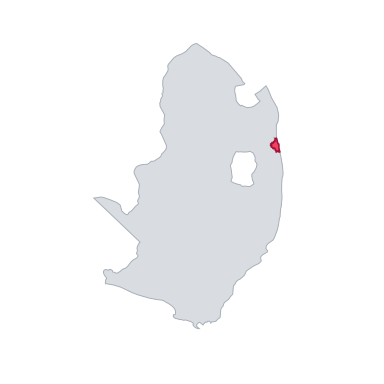 eThekwini, KwaZulu-Natal, South Africa (highlighted), rotated 319°
{"feature_id": "47623444B60178842862169", "entity_name": "eThekwini", "entity_type": "district", "adm_level": 2, "iso_a3": "ZAF", "parent_name": "South Africa", "parent_adm1": "KwaZulu-Natal", "projection": "albers", "projection_center": [30.82, -29.885], "detail": "fine", "context": "in_parent", "style": "filled", "palette": "rose", "viewbox_px": 384, "rotation_deg": 319, "n_neighbors": 0, "source": "geoboundaries", "source_scale": "gbopen_adm2", "svg_char_len": 6125}
<svg xmlns="http://www.w3.org/2000/svg" viewBox="0 0 384 384"><g transform="rotate(319 192 192)"><path d="M257.9,80.1L266.6,78.8L270.5,79.4L275.2,81.2L279.5,81.9L286.9,81.2L289.5,81.5L291.5,82.1L293.0,83.1L295.0,90.4L296.8,98.3L296.8,100.8L297.0,101.8L299.1,105.1L299.8,107.2L301.0,108.9L303.6,117.3L303.9,118.8L303.7,139.1L302.6,141.5L303.0,144.7L301.8,145.1L294.7,141.0L293.5,141.1L291.4,142.7L289.6,145.0L288.7,147.1L285.1,152.5L284.9,156.0L285.2,159.0L286.4,159.1L287.2,161.3L289.1,164.7L292.4,166.9L295.4,167.9L299.6,168.2L303.0,168.1L302.8,165.8L303.6,159.6L309.2,160.5L317.5,160.4L316.8,164.4L313.7,173.5L311.7,183.8L309.1,188.9L307.7,191.0L303.8,194.8L301.7,196.0L300.0,196.4L293.2,204.1L290.7,207.7L288.4,213.1L286.2,216.1L283.0,222.4L277.4,231.7L272.8,237.9L270.7,239.7L269.3,240.5L265.6,244.1L260.4,249.9L256.5,255.0L250.6,260.8L247.2,263.4L242.2,268.5L240.8,269.2L235.1,274.0L231.0,276.9L224.4,280.4L221.8,281.4L215.4,280.8L212.7,281.4L210.6,283.4L210.5,286.2L209.6,286.7L203.7,285.7L201.3,286.0L200.0,287.6L199.0,289.5L195.6,289.8L189.6,288.2L182.5,287.4L180.9,287.4L177.6,289.0L176.4,289.3L171.4,289.3L168.6,288.6L166.0,288.8L164.1,289.7L161.7,290.1L155.5,295.9L152.1,296.2L149.2,297.0L144.0,296.7L142.5,297.2L141.0,298.3L137.6,299.0L136.3,299.9L130.8,305.2L128.3,304.9L125.2,305.2L121.5,303.0L120.2,303.3L120.5,302.5L120.5,301.1L119.1,299.9L117.7,300.1L116.9,299.0L114.8,299.1L113.1,299.6L112.3,295.3L111.4,294.9L109.3,295.0L108.3,295.3L107.9,295.7L107.4,296.8L107.8,299.9L106.9,299.1L105.9,297.3L105.4,295.4L105.5,293.0L106.9,292.0L106.2,289.1L103.1,284.3L101.5,283.3L100.0,280.9L98.7,280.0L98.0,278.3L96.7,276.9L96.0,274.7L96.5,273.3L97.5,272.4L98.6,273.5L99.9,272.9L101.5,271.0L102.3,268.3L102.0,264.3L101.4,261.8L99.2,255.4L98.4,253.9L94.5,249.6L89.9,243.7L83.9,234.4L80.8,228.7L75.8,217.1L71.8,210.7L67.1,204.9L66.5,204.5L67.0,203.7L69.0,201.9L69.9,201.4L70.4,201.5L70.9,201.1L71.2,200.0L71.3,197.7L72.0,195.3L72.8,194.1L74.5,193.3L76.1,194.0L76.8,194.8L77.2,195.9L77.8,196.4L78.8,196.2L79.6,196.8L80.2,198.2L80.3,199.3L79.8,200.0L79.9,200.8L80.8,201.8L81.9,204.1L85.8,204.8L88.0,204.7L90.1,205.1L92.1,205.9L95.3,205.8L99.6,204.8L103.3,204.7L106.2,205.4L108.3,205.4L109.5,204.6L109.9,203.6L109.6,202.4L110.2,201.6L111.6,201.1L112.7,200.1L113.4,198.5L115.3,197.1L118.3,195.9L119.9,195.7L113.9,132.2L120.0,136.1L121.6,138.0L124.9,143.7L128.4,150.7L129.2,154.2L129.1,155.0L126.6,160.1L126.7,162.5L127.3,165.2L128.1,166.6L129.0,166.9L131.0,166.1L134.1,166.6L140.0,165.7L143.0,165.9L143.8,165.6L144.4,164.9L145.0,163.2L145.7,162.6L148.4,161.6L149.6,160.6L151.3,157.1L156.9,152.3L157.5,151.1L160.5,140.3L161.5,138.7L163.1,137.6L166.3,136.6L168.3,136.9L170.4,137.6L172.9,139.0L176.5,141.7L177.8,142.1L181.3,142.0L183.5,143.8L190.2,144.7L192.1,144.5L194.0,143.4L197.4,143.3L201.0,142.4L203.1,140.4L206.8,128.6L207.2,126.0L207.6,125.3L211.0,123.8L215.2,122.7L216.0,122.1L218.6,118.8L221.9,116.0L224.0,106.6L225.5,104.4L226.5,103.4L227.1,103.4L228.0,102.8L229.1,101.6L230.5,100.9L232.0,100.6L233.1,99.8L233.5,98.5L234.3,97.9L235.5,97.9L236.1,97.5L236.3,96.6L238.8,94.6L238.9,93.8L240.3,91.8L243.2,88.6L245.9,86.8L248.5,86.4L253.3,84.7L255.0,83.2L256.1,81.2L257.9,80.1ZM252.5,217.4L256.5,215.8L259.4,213.6L260.0,209.8L262.3,207.5L263.1,205.3L263.7,202.3L262.3,199.2L260.4,198.3L257.0,195.6L255.4,193.8L253.4,192.3L251.9,190.5L249.5,191.2L245.9,192.7L243.7,194.1L241.8,195.8L238.4,197.1L235.4,202.3L234.4,203.5L232.0,207.3L228.5,209.3L228.5,209.9L229.7,213.0L231.5,216.0L233.3,218.4L233.3,219.9L233.9,221.1L235.5,221.9L238.2,224.9L239.5,225.9L243.5,226.5L244.0,226.3L245.1,224.5L245.2,223.1L247.7,219.1L248.9,217.8L252.5,217.4Z" fill="#d9dde1" stroke="#a8b0b8" stroke-width="1"/><path d="M290.9,207.4L290.7,207.4L290.7,207.2L290.7,206.8L290.8,206.7L290.1,206.2L290.0,206.3L289.9,206.2L289.9,206.3L289.7,206.6L289.8,206.8L289.7,206.9L289.1,207.0L288.7,207.0L288.4,207.1L288.3,207.3L288.2,207.8L288.1,207.7L287.9,207.8L287.9,207.7L287.7,207.6L287.8,207.7L287.8,207.8L287.8,207.7L287.7,207.7L287.4,207.6L287.2,207.8L286.9,207.7L286.9,207.8L286.7,207.9L286.7,208.0L286.7,207.9L286.7,207.7L286.4,207.7L286.5,207.8L286.4,207.8L286.2,207.9L286.2,208.0L285.9,208.2L285.9,208.3L285.7,208.3L285.6,208.2L285.5,208.3L285.3,208.3L285.2,208.2L285.2,207.9L285.1,207.7L284.9,207.4L284.8,207.5L284.7,207.5L284.7,207.4L284.4,207.3L284.2,207.3L283.9,207.3L284.0,207.4L283.9,207.4L283.9,207.5L284.0,207.6L283.9,207.7L284.0,207.8L283.9,207.9L284.0,207.9L284.0,208.0L283.9,208.0L283.6,208.0L283.5,207.9L283.4,207.9L283.2,208.0L283.2,208.3L283.0,208.5L282.9,208.5L282.8,208.4L282.8,208.5L282.7,208.5L282.8,208.6L283.0,208.6L282.9,208.6L282.7,208.8L282.8,208.9L282.8,209.0L282.8,208.9L282.8,209.0L282.7,209.0L282.6,208.9L282.6,208.7L282.4,209.1L281.8,208.8L281.7,209.5L281.6,209.8L281.4,210.1L281.5,210.2L281.5,210.4L281.7,210.5L281.8,210.5L281.8,211.0L281.7,211.9L281.7,212.2L282.0,212.0L282.3,212.1L282.3,212.3L282.4,212.5L282.4,212.9L282.6,213.1L282.8,213.0L282.9,213.3L283.0,213.3L282.9,213.5L283.1,213.5L282.9,214.4L282.9,214.5L282.7,215.2L282.3,215.4L282.2,215.4L282.2,215.5L282.3,215.7L282.3,215.8L282.4,215.7L282.4,215.8L282.4,216.0L282.5,216.2L282.6,216.3L282.4,216.6L282.1,216.7L282.1,216.8L282.1,217.0L281.9,217.1L282.0,217.2L282.3,217.1L282.5,217.2L282.8,217.3L283.0,217.2L283.3,217.3L283.4,217.5L283.5,217.5L283.4,217.6L283.5,217.7L283.5,217.8L283.5,218.0L283.5,218.3L284.1,218.8L284.3,219.1L284.4,219.5L284.5,219.5L284.7,219.3L284.8,219.2L284.9,218.9L285.0,218.7L285.1,218.4L285.2,218.2L285.4,217.8L285.5,217.6L285.6,217.4L285.8,217.2L285.9,216.9L286.0,216.6L286.1,216.4L286.2,216.2L286.3,216.0L286.3,215.9L286.4,215.7L286.6,215.6L287.0,215.2L287.2,214.9L287.3,214.8L287.4,214.7L287.5,214.6L287.7,214.4L287.8,214.2L288.2,213.8L288.2,213.7L288.3,213.7L288.5,213.4L288.8,213.1L289.0,212.8L289.0,212.7L288.9,212.6L288.7,212.4L288.7,212.2L288.6,211.9L288.7,211.7L288.8,211.3L289.0,210.9L289.3,210.4L289.4,210.1L289.5,209.8L289.6,209.7L289.7,209.4L289.8,209.4L289.9,209.2L290.0,209.0L290.0,208.8L290.1,208.7L290.3,208.3L290.5,208.1L290.6,207.9L290.9,207.5L290.9,207.4Z" fill="#f43f5e" stroke="#9f1239" stroke-width="1.5"/></g></svg>